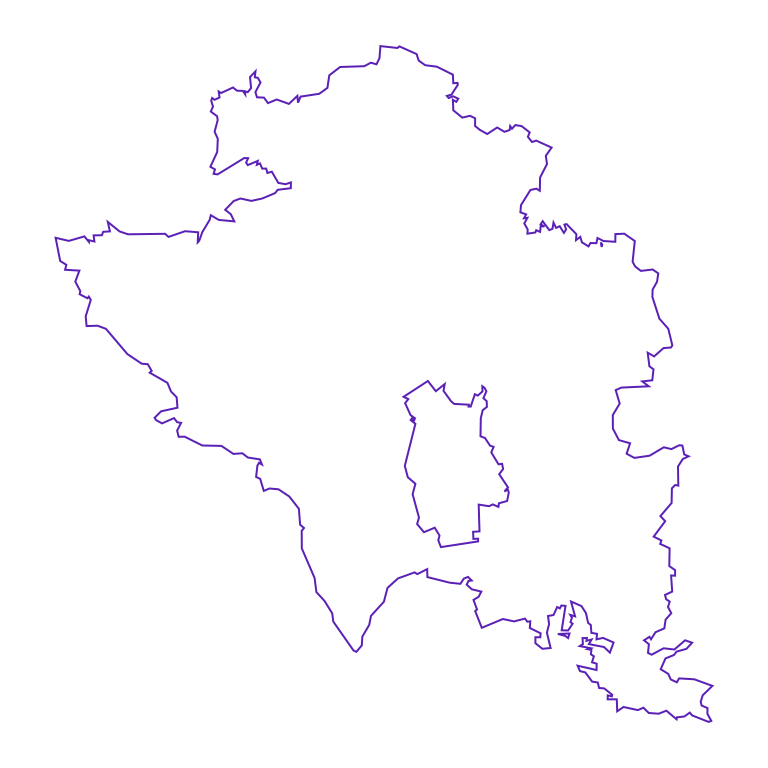 outline of Semarang, Jawa Tengah, Indonesia
{"feature_id": "22746128B46914217687538", "entity_name": "Semarang", "entity_type": "district", "adm_level": 2, "iso_a3": "IDN", "parent_name": "Indonesia", "parent_adm1": "Jawa Tengah", "projection": "albers", "projection_center": [110.496, -7.288], "detail": "fine", "context": "isolated", "style": "outline", "palette": "violet", "viewbox_px": 768, "rotation_deg": 0, "n_neighbors": 0, "source": "geoboundaries", "source_scale": "gbopen_adm2", "svg_char_len": 6062}
<svg xmlns="http://www.w3.org/2000/svg" viewBox="0 0 768 768"><path d="M658.3,273.4L652.7,269.5L640.9,270.9L635.2,266.5L632.6,261.8L634.8,241.0L624.3,233.7L615.4,234.1L615.3,241.8L603.4,241.0L597.5,238.0L596.4,243.2L590.5,243.0L588.5,246.4L581.9,242.3L580.3,236.9L576.0,240.1L576.4,234.2L566.6,224.1L564.4,224.6L566.1,229.4L563.9,232.9L559.7,226.2L556.1,227.9L553.5,222.6L552.5,228.8L549.3,230.1L542.7,221.2L540.6,224.3L544.5,226.5L540.7,226.1L540.1,231.9L536.2,230.2L535.3,232.5L527.4,233.7L527.7,229.5L524.3,223.4L527.4,217.8L524.0,218.3L526.1,214.4L520.4,212.3L521.0,205.1L530.4,190.0L536.4,188.7L539.8,190.8L540.1,177.5L547.0,164.0L545.8,155.8L551.6,147.6L536.2,140.6L532.0,142.0L527.9,136.8L529.7,132.4L521.6,126.1L515.3,125.1L512.0,128.7L510.2,126.1L509.7,130.0L504.4,131.8L497.2,127.5L487.2,134.0L479.9,129.9L475.1,126.0L475.1,118.3L470.0,115.8L462.3,117.6L453.3,110.3L452.9,99.8L456.3,101.8L458.3,98.7L453.2,96.3L448.6,98.0L446.9,95.9L451.5,94.6L457.8,84.8L457.5,82.9L453.3,83.2L452.9,74.7L436.9,66.7L425.2,65.2L418.7,60.6L416.6,54.1L399.4,46.4L397.4,48.0L380.4,46.1L379.5,58.1L376.5,64.3L370.8,62.7L364.3,66.2L340.1,67.0L329.3,75.3L327.4,87.9L319.2,93.8L300.6,96.6L298.0,102.7L297.4,95.9L288.9,103.9L276.7,99.5L268.0,103.1L263.9,97.6L257.0,97.3L255.4,92.1L260.5,82.5L257.8,77.8L254.8,77.3L255.5,71.3L250.0,77.1L251.1,88.1L247.7,92.2L245.0,91.3L245.2,94.4L242.9,90.9L237.0,90.7L233.0,87.5L221.1,93.0L218.7,91.5L219.5,97.5L214.5,99.8L212.1,98.0L211.2,100.7L213.0,106.6L210.8,111.6L217.1,116.2L217.7,120.1L214.6,131.8L217.8,138.8L217.2,152.0L210.4,166.8L215.0,169.4L213.6,173.8L217.6,174.4L244.3,158.0L248.1,158.2L246.1,162.7L247.8,165.1L257.8,160.9L256.8,164.8L260.0,163.4L262.2,168.6L266.2,168.6L267.4,173.0L271.8,171.7L278.3,182.9L285.6,184.2L290.9,182.4L290.8,188.2L277.7,189.8L275.1,193.1L262.2,198.5L251.4,200.9L240.4,198.5L233.7,201.0L225.2,209.8L230.8,214.2L234.3,221.4L218.8,219.9L210.8,215.2L209.6,220.0L202.3,232.1L199.2,240.8L197.7,242.4L198.2,232.3L185.1,231.2L168.5,236.9L165.1,233.8L128.0,234.3L119.5,231.4L107.8,221.9L109.9,231.4L103.2,231.8L101.9,235.2L93.6,235.4L94.4,241.5L88.9,240.2L88.9,241.9L84.4,236.4L68.8,240.9L55.6,237.8L60.2,261.0L66.3,264.8L65.1,269.8L79.4,270.6L75.3,281.6L80.3,291.1L79.6,294.2L87.5,298.3L88.8,296.6L90.8,299.9L85.7,316.3L86.6,326.1L97.5,325.7L105.9,328.8L127.4,354.1L141.7,363.7L147.8,364.2L151.7,370.9L149.7,372.7L167.4,382.8L171.0,391.5L176.6,397.2L177.5,407.7L161.1,411.3L154.6,417.8L156.0,420.0L162.0,423.4L174.0,418.1L177.2,422.2L181.1,422.9L177.1,430.6L178.7,436.8L184.7,436.7L202.3,445.5L221.4,445.9L233.4,453.9L242.4,453.3L247.8,457.5L259.9,459.4L261.9,464.5L259.0,462.8L257.4,465.6L256.1,476.9L260.2,478.9L263.8,490.9L269.5,488.5L278.5,489.3L289.3,496.5L298.9,508.8L300.1,524.7L304.0,528.0L301.7,530.8L301.8,548.4L314.6,578.0L316.4,592.1L324.5,600.9L332.2,613.3L333.3,621.6L353.5,650.5L356.4,651.8L361.8,645.4L362.3,636.7L369.2,624.9L371.0,615.9L383.9,601.7L387.5,587.9L398.0,578.4L414.6,572.4L417.3,574.1L427.2,569.1L427.4,577.1L449.8,582.7L460.4,583.8L463.8,578.6L468.0,576.9L471.7,580.5L468.4,581.0L466.7,584.7L471.8,589.3L481.3,591.6L478.6,596.8L473.5,599.9L477.0,609.5L475.2,611.1L481.8,627.8L502.9,619.0L514.1,621.4L525.0,618.6L527.3,621.7L530.3,621.3L529.8,628.0L540.6,633.3L540.3,637.3L535.4,637.2L535.4,643.2L542.4,648.8L550.6,648.0L546.9,632.7L549.1,624.1L548.0,616.0L553.5,615.0L557.2,607.0L559.8,608.4L561.4,605.5L565.5,605.9L561.7,630.3L568.1,630.5L572.6,623.7L570.5,622.1L571.9,617.7L570.3,614.9L575.1,616.4L571.0,601.5L581.5,606.1L586.0,613.2L588.1,622.9L590.8,625.0L591.4,632.9L597.0,633.8L596.5,639.4L603.0,637.9L613.6,642.5L609.9,652.6L604.0,647.0L588.9,644.1L591.6,639.5L586.4,640.8L586.9,638.0L582.5,638.1L582.9,644.1L579.8,646.1L590.7,648.2L587.9,649.2L591.4,649.9L590.9,654.3L593.9,656.3L592.0,662.3L596.7,663.7L596.5,670.0L577.6,665.7L580.0,671.1L585.3,672.4L592.1,681.6L597.8,682.5L599.1,688.0L604.2,688.4L612.2,694.8L611.8,696.4L607.7,695.4L607.7,699.3L616.8,699.3L617.2,711.3L623.5,707.0L637.9,710.1L643.4,707.7L648.8,713.0L658.7,713.7L666.4,710.7L676.6,719.3L677.0,717.3L684.3,716.5L689.8,712.6L692.1,715.4L708.6,721.9L711.3,720.9L707.4,713.8L707.5,708.1L701.6,705.5L700.7,701.8L702.7,695.3L712.4,685.9L694.3,679.3L679.1,678.4L676.8,682.3L670.7,679.4L668.3,673.9L660.7,669.2L665.5,658.4L674.0,655.0L676.5,651.6L686.4,648.9L692.1,642.7L685.1,640.3L674.4,649.5L663.6,648.3L651.6,654.7L648.0,652.9L648.9,644.2L644.0,640.3L649.5,636.8L651.0,639.3L655.5,632.2L664.3,628.4L665.6,619.6L671.3,613.2L668.0,607.0L669.7,601.6L666.1,599.2L665.0,594.9L672.2,591.6L671.1,575.5L675.1,575.7L675.1,570.1L669.3,566.1L669.6,548.3L660.2,543.9L661.4,540.5L653.7,536.6L665.2,521.2L660.4,516.1L671.6,503.0L671.9,488.3L675.2,485.0L678.3,485.6L678.0,466.5L682.8,459.0L688.6,456.3L684.2,454.4L682.4,445.6L679.4,445.2L671.4,449.1L663.8,447.3L649.6,455.7L634.4,457.9L626.6,453.7L630.1,443.3L618.9,440.1L612.9,428.6L612.8,415.0L619.7,403.6L615.7,390.1L621.3,387.6L648.7,386.3L642.3,381.4L652.3,380.3L653.5,369.3L649.4,366.3L647.7,352.7L654.1,356.4L663.5,348.1L671.0,347.5L672.3,345.3L668.3,328.8L659.4,318.7L652.4,297.0L652.6,289.6L657.0,281.8L658.3,273.4ZM410.6,415.2L405.1,403.1L408.3,399.1L403.6,396.8L427.9,381.0L435.8,391.2L444.7,384.1L443.5,390.8L451.0,401.2L454.1,403.9L468.9,404.7L468.5,406.5L470.7,406.6L474.9,394.2L477.8,395.6L482.5,391.4L482.3,386.2L484.6,387.9L486.4,391.3L483.4,398.1L486.7,401.2L486.9,406.9L482.7,410.2L480.8,418.2L480.5,436.3L485.0,438.0L490.0,445.6L493.6,446.9L491.3,452.4L498.5,464.3L502.1,463.8L503.1,469.0L499.2,474.2L508.0,487.4L504.4,491.5L507.8,489.6L508.8,492.4L507.1,501.0L498.9,503.3L498.4,506.9L492.8,504.4L489.1,506.2L478.7,504.6L479.5,531.4L473.1,531.8L473.4,538.9L478.1,538.7L478.1,541.4L440.9,547.1L438.3,540.3L439.5,535.5L434.7,527.7L423.9,532.2L417.1,524.0L419.0,517.6L412.6,494.2L415.4,483.8L407.8,477.2L404.8,465.9L415.4,423.8L410.7,420.1L412.0,418.3L413.9,420.7L415.0,418.3L410.6,415.2ZM602.3,244.7L601.6,246.9L600.8,242.4L602.3,244.7ZM568.1,638.1L569.5,633.5L557.8,634.0L565.3,635.9L568.1,638.1Z" fill="none" stroke="#5b21b6" stroke-width="2"/></svg>